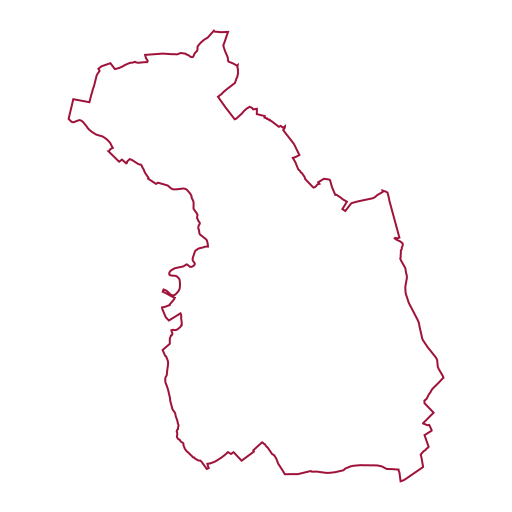 Ganesti, Mures, Romania
{"feature_id": "2599482B44077836388237", "entity_name": "Ganesti", "entity_type": "district", "adm_level": 2, "iso_a3": "ROU", "parent_name": "Romania", "parent_adm1": "Mures", "projection": "albers", "projection_center": [24.339, 46.342], "detail": "fine", "context": "isolated", "style": "outline", "palette": "rose", "viewbox_px": 512, "rotation_deg": 0, "n_neighbors": 0, "source": "geoboundaries", "source_scale": "gbopen_adm2", "svg_char_len": 6022}
<svg xmlns="http://www.w3.org/2000/svg" viewBox="0 0 512 512"><path d="M249.7,106.8L246.7,108.6L243.9,111.1L241.9,113.5L236.2,118.7L234.7,119.3L225.3,107.1L218.0,96.8L221.7,93.9L223.2,92.3L225.9,89.9L235.0,82.9L236.6,78.1L237.4,76.8L237.5,76.2L237.4,75.9L237.8,74.6L238.1,72.9L237.9,72.2L238.0,69.9L237.8,68.6L237.4,67.6L237.7,65.1L237.0,65.7L233.6,63.7L228.3,61.5L227.7,57.3L225.1,51.2L223.6,46.8L223.5,45.6L223.3,45.2L224.3,42.8L228.0,31.9L221.2,32.2L214.7,31.6L213.9,30.7L207.7,37.6L204.3,39.6L200.9,42.5L198.0,45.9L197.5,47.0L197.5,49.4L196.8,51.2L195.4,52.5L194.5,53.8L193.2,56.7L192.5,57.1L191.6,57.1L190.3,56.7L188.7,55.3L186.3,54.4L185.7,53.7L180.8,53.0L177.0,54.4L174.9,54.2L171.7,54.2L162.8,53.6L145.1,54.9L146.0,58.2L146.7,59.4L147.1,59.7L147.6,60.7L147.5,61.6L147.2,62.1L144.1,62.2L138.2,62.8L136.0,62.4L135.0,61.8L134.5,61.9L133.3,62.5L131.4,62.7L129.6,63.0L124.7,65.1L122.9,66.3L119.1,68.0L114.9,69.1L110.4,63.2L101.5,66.3L98.4,68.8L99.6,70.9L98.1,73.0L96.7,75.3L93.9,86.5L92.6,89.8L92.3,91.7L91.4,94.4L89.4,102.2L73.3,99.2L68.6,118.9L71.0,121.3L71.9,122.0L72.7,122.2L73.7,122.2L78.6,120.3L79.4,120.1L80.6,120.4L81.7,120.9L83.3,122.3L87.0,126.9L87.5,127.8L89.4,129.9L91.8,131.8L96.2,134.6L102.7,136.5L106.1,138.8L107.8,140.3L110.1,142.8L111.5,145.6L112.8,147.9L110.4,149.1L109.1,151.0L108.4,151.2L119.1,161.7L122.0,159.6L126.2,163.4L126.6,163.2L127.0,162.7L126.8,162.2L127.1,161.6L129.7,159.1L132.0,160.0L138.7,164.3L140.9,164.6L141.6,165.4L141.9,166.4L143.7,169.6L144.8,172.3L145.5,173.5L148.5,177.9L148.1,178.7L156.1,183.9L158.0,182.7L166.7,185.2L167.8,185.6L171.2,188.5L172.7,189.2L174.3,189.4L177.6,189.2L183.4,188.5L185.4,188.9L186.7,189.6L189.9,193.2L191.2,195.3L191.5,196.1L191.5,197.3L193.1,200.8L193.5,201.9L193.6,204.9L193.5,207.8L193.6,208.9L196.4,212.8L197.5,214.8L197.0,218.0L197.6,219.0L198.2,220.6L199.8,222.9L199.8,223.7L198.6,225.7L198.2,228.1L199.0,230.1L199.4,233.5L199.9,234.4L205.7,239.0L206.7,240.1L207.1,241.0L207.8,244.5L208.0,246.6L205.8,246.6L204.6,246.8L203.2,247.4L199.6,248.2L198.2,248.7L197.1,249.5L195.4,250.7L195.0,251.3L193.0,257.2L192.6,258.9L192.7,260.0L192.9,260.7L194.8,263.5L194.7,264.5L194.0,265.5L192.5,266.5L191.3,266.9L190.2,266.9L186.9,264.4L186.5,264.4L183.4,266.4L175.0,268.2L173.0,269.2L170.7,270.7L169.8,271.8L169.3,272.9L169.2,273.8L169.4,274.6L169.8,275.1L172.0,275.6L175.8,275.9L176.9,276.5L178.5,277.9L179.5,279.5L179.7,280.4L180.0,284.5L179.9,286.6L179.7,288.4L179.3,289.5L178.3,291.4L175.4,294.5L174.2,295.1L173.1,295.3L172.0,295.2L171.0,294.9L167.1,291.2L165.7,290.3L163.6,289.5L162.7,291.7L165.6,293.0L171.7,296.4L174.8,297.8L173.9,299.5L169.6,304.6L169.7,305.1L164.8,306.9L162.0,307.4L162.2,308.8L165.8,317.3L168.9,320.5L180.5,313.3L181.0,314.5L181.3,316.8L181.1,318.1L181.7,322.2L181.7,325.1L181.3,325.1L181.1,326.0L180.0,327.3L177.5,329.3L176.3,329.9L174.9,330.2L173.0,329.8L171.4,330.2L171.8,332.0L172.4,333.1L172.4,333.8L171.8,335.3L171.0,335.4L170.0,338.1L169.8,338.8L169.8,343.8L162.6,350.0L164.9,355.2L165.5,356.2L166.0,356.4L166.5,357.1L166.8,358.5L167.3,359.3L168.0,361.6L168.1,364.0L167.2,370.5L166.8,374.8L166.6,375.5L165.8,376.8L165.4,378.0L165.2,379.0L165.3,381.2L165.6,382.9L167.2,387.0L168.1,389.9L170.0,398.1L170.2,400.7L172.3,408.6L172.8,409.8L175.1,413.0L175.8,416.5L176.8,419.1L177.5,421.3L177.8,423.3L178.4,424.8L178.6,425.5L178.0,427.7L178.0,429.1L177.4,429.5L176.9,430.6L176.7,431.7L177.1,432.4L177.3,434.3L176.9,436.2L177.1,437.5L178.4,439.2L179.7,439.7L179.8,440.2L181.0,441.7L183.0,443.0L183.4,443.4L183.5,445.5L184.5,447.7L184.6,448.5L186.9,451.5L187.9,452.2L190.9,455.2L191.6,455.7L192.9,457.3L194.2,457.5L194.8,458.4L197.6,460.1L198.8,460.6L200.0,460.5L200.8,461.0L201.5,461.7L206.8,469.0L208.7,468.1L207.9,465.9L207.4,463.8L209.1,463.6L209.8,463.3L210.5,463.4L213.2,462.2L213.7,462.2L216.4,460.8L221.8,457.3L224.8,455.0L227.9,452.1L231.0,454.0L233.6,452.2L241.6,460.7L253.9,451.6L253.3,450.3L262.1,442.3L262.6,442.5L263.6,443.6L264.8,444.2L266.6,446.8L267.4,447.2L272.1,454.0L274.2,455.3L276.2,458.5L278.2,463.7L282.4,470.1L284.8,474.2L298.0,474.1L310.4,471.1L311.0,471.1L311.9,471.7L316.9,471.6L326.4,472.9L330.0,472.8L335.1,472.2L343.3,470.3L343.8,470.0L345.2,468.6L350.8,466.3L353.2,465.8L360.0,465.2L377.1,465.4L381.6,466.3L386.8,469.0L392.0,469.1L398.6,469.6L398.7,470.8L399.4,472.4L400.6,481.3L403.5,480.3L405.8,478.9L423.1,467.0L421.6,458.2L420.7,454.6L423.4,451.4L425.7,449.8L426.4,448.8L428.4,447.3L428.6,446.7L424.5,435.1L430.7,431.3L431.6,430.7L431.6,430.0L429.2,424.9L427.9,425.2L427.2,425.1L423.1,423.5L423.0,423.3L433.6,412.7L424.5,403.2L424.4,400.6L426.5,399.0L428.8,394.5L430.4,392.3L431.9,389.6L432.9,388.4L438.9,382.5L442.4,378.7L443.4,377.9L443.4,377.3L442.3,375.1L438.6,368.8L437.7,366.2L437.2,360.5L436.9,359.4L435.8,357.4L427.5,347.0L422.9,340.1L422.3,338.8L419.6,326.9L418.8,322.6L417.4,319.4L408.8,302.9L405.9,294.1L405.5,291.7L405.3,287.5L405.5,285.5L406.9,278.0L406.8,275.5L406.1,273.1L405.4,268.6L405.1,267.7L401.1,260.7L400.2,258.4L400.7,257.4L400.6,255.6L400.8,254.4L400.9,250.3L401.5,249.6L401.8,248.9L401.8,247.4L402.7,245.5L402.8,244.1L402.4,243.1L400.0,241.3L396.7,239.8L394.7,238.4L395.2,237.8L396.5,238.2L397.4,238.3L399.4,237.6L389.4,200.8L388.8,197.6L387.5,192.6L386.0,191.7L382.5,190.5L382.8,191.7L382.7,192.0L377.4,195.0L374.9,197.2L372.6,198.3L357.9,201.4L351.7,203.1L350.6,204.1L345.3,211.0L342.4,209.1L346.9,201.7L342.9,199.4L340.0,197.1L336.5,194.8L335.3,194.9L332.0,187.2L330.3,181.0L329.9,180.0L329.0,179.5L323.9,178.8L318.2,182.3L319.4,183.8L317.6,184.4L316.9,185.1L316.1,186.2L314.7,187.2L313.7,187.6L312.8,187.0L305.1,178.9L304.7,177.2L302.0,173.2L300.7,172.3L299.9,170.8L298.7,169.8L298.1,169.0L295.3,162.1L292.8,157.9L294.8,157.3L297.7,156.0L299.4,155.0L293.9,143.9L283.2,130.1L284.5,128.2L284.8,127.5L284.9,126.4L284.0,127.2L282.7,127.5L280.7,125.9L278.9,126.8L271.0,120.8L269.5,120.3L269.6,119.7L267.0,118.9L267.0,118.4L264.5,117.6L264.8,116.1L256.8,114.1L256.9,108.8L253.1,109.4L252.6,108.5L251.6,107.7L249.7,106.8Z" fill="none" stroke="#9f1239" stroke-width="2"/></svg>